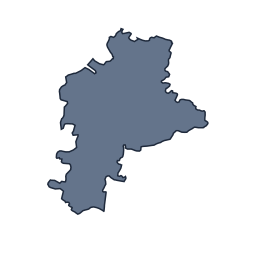 the district of Tala, Al Minufiyah, Egypt, rotated 285°
{"feature_id": "37247803B52680576777799", "entity_name": "Tala", "entity_type": "district", "adm_level": 2, "iso_a3": "EGY", "parent_name": "Egypt", "parent_adm1": "Al Minufiyah", "projection": "orthographic", "projection_center": [30.917, 30.67], "detail": "fine", "context": "isolated", "style": "filled", "palette": "slate", "viewbox_px": 256, "rotation_deg": 285, "n_neighbors": 0, "source": "geoboundaries", "source_scale": "gbopen_adm2", "svg_char_len": 5538}
<svg xmlns="http://www.w3.org/2000/svg" viewBox="0 0 256 256"><g transform="rotate(285 128 128)"><path d="M163.3,198.4L163.8,197.7L164.1,197.3L164.3,197.1L164.1,196.4L163.7,195.8L163.5,195.3L163.5,194.7L163.5,194.2L163.8,192.5L163.4,190.5L164.1,188.5L165.4,188.1L166.3,188.1L166.8,186.0L167.5,184.7L169.1,183.8L169.3,182.9L169.8,181.9L170.2,181.2L170.5,180.1L170.2,177.7L170.0,176.2L170.0,174.4L169.6,172.6L168.8,171.1L167.9,170.8L166.4,170.6L165.7,169.5L165.5,169.2L165.8,167.7L167.0,166.2L168.0,166.4L170.9,166.9L172.9,167.2L173.7,166.8L174.0,165.9L174.0,165.1L173.7,162.0L174.6,161.8L175.4,161.4L175.3,160.3L173.3,159.1L172.0,158.0L171.9,156.6L172.6,155.1L173.5,154.5L175.4,154.5L176.1,154.6L176.7,155.5L179.3,157.3L181.1,157.3L181.6,155.6L181.4,152.7L181.0,151.4L180.4,150.1L180.9,148.5L181.8,148.1L182.6,148.6L183.1,149.3L184.6,150.6L185.3,150.9L186.9,151.6L188.0,154.0L188.6,154.1L190.6,154.3L192.7,151.7L192.7,149.5L193.4,148.7L194.7,148.3L195.6,148.7L197.1,149.6L197.7,150.0L198.2,150.3L200.2,150.6L201.5,150.4L203.7,149.6L205.0,149.4L205.7,149.8L206.3,150.1L207.0,150.3L208.5,150.2L211.6,150.2L212.1,149.8L212.8,148.1L213.9,147.5L215.2,147.9L217.2,148.2L219.6,148.7L221.3,149.0L221.6,148.1L222.0,147.9L222.3,148.1L223.1,147.5L223.4,146.6L223.6,144.9L223.4,143.8L223.4,142.6L223.3,141.3L223.6,139.6L223.8,137.8L223.8,134.9L223.9,134.1L224.2,131.7L223.2,130.8L221.9,129.9L221.7,127.2L220.7,126.1L219.4,125.8L218.3,126.0L217.4,124.9L217.0,123.6L216.6,122.3L216.5,119.4L216.8,116.8L217.3,113.7L216.2,114.6L213.2,111.8L213.5,109.9L213.5,109.0L213.7,107.7L214.7,105.9L214.8,105.9L215.6,105.3L219.5,106.7L220.1,106.5L220.7,104.3L218.4,99.9L217.8,98.3L218.7,97.3L220.2,97.1L222.0,97.6L222.2,95.6L219.9,95.5L218.7,93.9L216.2,92.3L214.8,92.2L213.4,91.8L211.8,90.6L212.0,87.8L210.7,86.5L209.4,86.9L207.9,86.8L205.9,86.4L204.7,86.1L203.4,86.0L202.4,86.3L200.7,87.4L198.3,89.8L196.5,91.6L195.6,92.9L194.9,93.7L193.1,94.8L193.0,95.5L191.1,95.8L190.8,95.0L190.3,94.8L189.1,94.2L188.9,94.1L187.7,93.1L187.3,92.0L186.7,90.3L186.5,89.9L186.2,89.7L184.5,89.0L183.7,88.7L183.2,88.5L182.8,88.1L182.7,86.3L182.7,85.1L182.7,83.8L183.2,82.1L184.2,78.5L185.8,76.2L179.6,73.2L178.6,72.7L177.1,76.3L176.2,78.5L175.6,80.1L175.0,81.5L174.3,82.2L174.1,82.3L173.0,82.8L172.6,82.4L171.8,81.7L172.8,79.1L174.0,76.0L174.4,75.1L174.6,74.1L174.8,73.0L175.2,70.9L171.4,67.9L171.0,67.5L167.3,63.3L166.8,61.6L166.3,60.9L164.8,58.5L163.7,56.6L162.6,55.8L162.2,55.5L161.2,54.6L160.1,55.1L159.9,55.2L156.0,57.0L153.1,55.9L152.3,54.7L150.5,53.1L147.4,52.0L146.3,52.2L145.9,52.2L145.2,52.4L144.4,52.8L141.4,54.0L138.9,54.9L137.9,56.1L137.9,56.7L137.8,62.5L136.0,63.3L132.8,61.8L132.3,61.5L131.7,61.1L123.8,62.9L123.3,62.8L122.5,62.8L120.5,62.2L119.8,61.6L118.7,61.5L116.9,61.4L115.7,61.4L112.7,62.6L111.8,63.0L109.5,63.9L111.0,65.5L115.1,65.7L116.0,66.8L116.6,68.8L117.1,71.1L117.3,72.1L117.6,73.3L116.9,76.2L113.3,76.1L110.8,76.1L109.4,75.6L108.7,75.4L106.8,76.9L108.5,81.4L107.2,81.9L105.1,81.5L101.2,81.2L95.9,83.4L92.7,81.0L89.7,77.3L89.5,76.4L89.2,75.5L88.8,74.0L88.7,72.4L88.6,70.9L88.6,69.6L88.5,69.1L88.1,67.8L87.6,67.4L86.5,66.3L84.3,65.8L81.4,66.3L80.8,66.5L80.4,67.1L81.5,69.4L80.5,70.0L80.8,72.2L80.1,72.2L79.2,72.4L78.1,72.4L77.4,73.5L77.2,74.8L78.3,80.7L77.5,81.9L75.3,83.1L75.0,83.1L73.0,83.4L71.5,82.7L70.4,82.1L69.8,81.7L68.8,81.2L67.4,80.4L67.0,80.4L65.2,80.4L63.9,80.9L62.3,81.4L59.9,81.5L59.5,80.5L59.3,77.8L57.0,76.4L58.4,70.7L57.7,67.5L57.7,66.5L56.1,65.8L54.4,65.1L52.9,65.1L50.8,67.1L50.4,68.8L50.4,69.3L50.3,73.6L50.5,74.0L51.4,76.7L51.9,78.2L50.3,82.0L44.6,82.1L42.5,82.2L41.9,83.4L41.7,83.9L41.0,86.1L39.9,87.0L40.6,88.3L40.8,90.1L39.5,91.2L38.6,90.7L37.8,90.8L37.1,92.7L36.8,94.5L36.4,94.7L34.9,94.4L34.4,94.4L33.9,95.1L33.8,95.4L33.5,96.4L33.2,98.1L33.1,98.4L32.6,99.5L31.8,101.8L33.0,103.4L34.2,104.3L35.2,105.0L36.4,105.8L37.5,107.5L38.9,110.0L39.7,111.2L40.6,111.7L41.5,112.6L41.8,112.8L42.3,113.9L42.7,114.8L42.9,115.4L43.0,118.5L42.8,120.8L42.7,121.3L42.1,123.7L42.0,124.2L41.3,126.2L41.5,126.3L45.7,125.6L47.5,125.2L55.9,124.1L58.7,123.7L60.1,123.5L60.5,123.3L60.5,122.9L59.9,120.7L60.2,120.0L61.5,119.6L63.2,120.1L64.1,120.3L66.1,120.6L68.0,121.1L70.7,120.1L72.5,119.0L75.4,119.5L76.1,120.4L76.6,121.1L76.8,122.4L75.7,124.2L74.4,128.1L74.6,129.4L74.6,130.7L74.9,134.5L75.1,136.7L75.3,137.6L75.2,138.0L75.7,138.2L76.8,138.5L78.5,139.0L79.4,138.8L80.5,138.1L79.7,137.5L78.8,135.9L80.0,134.4L80.2,133.5L79.8,133.1L79.1,132.4L79.2,130.4L81.9,130.0L85.3,131.0L87.5,131.5L90.6,131.4L90.6,130.9L90.9,129.6L90.7,128.7L91.2,127.4L92.3,126.2L93.8,126.2L94.0,127.7L94.9,128.2L95.5,128.0L97.3,128.7L98.1,129.8L99.0,130.3L101.2,130.3L103.0,130.0L105.2,129.6L106.5,129.2L107.4,129.0L109.2,128.1L110.3,128.2L110.7,128.6L110.9,129.7L109.5,130.4L108.0,130.8L107.5,132.9L108.1,135.1L108.5,136.7L108.4,138.2L108.1,140.6L108.1,141.1L108.1,142.4L108.7,145.1L110.0,146.0L111.3,145.8L112.2,145.6L113.3,145.6L113.8,146.6L114.1,147.2L115.5,151.2L117.4,155.6L118.2,157.6L120.1,159.6L121.4,161.4L122.4,163.2L123.7,164.3L124.0,164.7L125.2,166.2L127.9,171.3L128.3,171.7L129.4,172.0L133.1,173.2L134.7,173.2L135.3,173.7L136.4,174.4L137.9,175.3L138.4,177.1L137.9,181.0L138.3,183.0L138.7,184.5L139.1,185.9L141.1,187.2L143.2,189.3L144.0,190.2L145.1,191.1L146.0,192.0L146.2,193.1L146.5,196.0L146.9,197.5L147.7,200.4L148.1,201.1L148.4,201.2L148.8,201.3L150.3,202.9L151.8,203.6L152.9,204.0L153.7,203.8L154.2,203.4L154.9,201.9L154.9,201.0L155.4,200.2L157.6,199.6L160.3,199.2L161.8,198.8L162.3,198.6L163.3,198.4Z" fill="#64748b" stroke="#1e293b" stroke-width="1.5"/></g></svg>